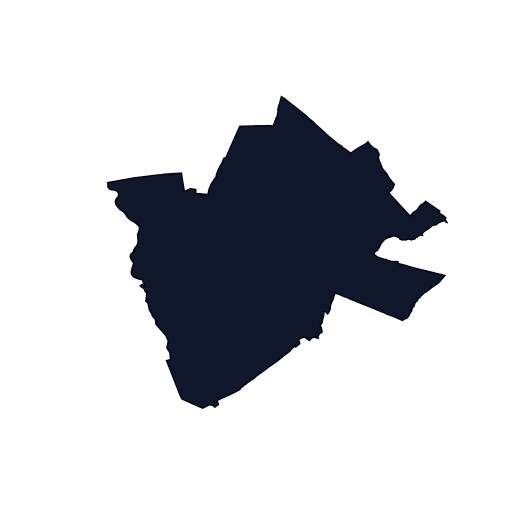 the district of Buhusi, Neamt, Romania, rotated 37°
{"feature_id": "2599482B92541433330507", "entity_name": "Buhusi", "entity_type": "district", "adm_level": 2, "iso_a3": "ROU", "parent_name": "Romania", "parent_adm1": "Neamt", "projection": "natural_earth1", "projection_center": [26.718, 46.731], "detail": "fine", "context": "isolated", "style": "filled", "palette": "ink", "viewbox_px": 512, "rotation_deg": 37, "n_neighbors": 0, "source": "geoboundaries", "source_scale": "gbopen_adm2", "svg_char_len": 6142}
<svg xmlns="http://www.w3.org/2000/svg" viewBox="0 0 512 512"><g transform="rotate(37 256 256)"><path d="M314.1,401.5L315.3,397.1L314.4,396.7L313.7,395.9L312.0,395.4L312.5,393.5L314.0,390.6L319.0,381.6L321.0,377.6L323.5,372.2L322.7,371.8L323.1,371.0L324.0,368.1L323.7,367.9L324.9,364.5L326.6,358.4L327.0,357.3L327.5,356.7L328.2,354.0L328.4,352.2L330.4,345.6L332.1,340.2L332.7,337.7L334.2,333.4L334.7,331.3L335.3,330.1L336.8,324.7L337.4,322.3L337.8,320.2L338.0,319.5L338.8,316.9L339.0,316.0L340.4,311.4L340.2,310.1L340.3,308.7L341.4,304.2L342.5,304.6L343.7,300.0L343.6,299.6L343.3,299.2L342.0,298.4L341.3,298.1L340.9,297.9L340.7,297.3L340.7,296.4L340.9,295.5L341.3,294.7L342.1,293.4L343.3,291.7L343.9,291.5L344.6,291.3L345.2,291.5L349.6,291.3L349.6,290.0L349.7,289.5L349.6,288.8L349.9,287.9L350.9,286.2L351.6,285.7L351.7,285.3L351.8,285.2L352.0,285.4L352.4,285.0L353.0,284.8L353.1,285.2L353.5,285.1L354.2,284.4L355.1,284.1L354.0,283.4L353.8,283.0L354.0,282.3L353.7,281.9L353.4,280.1L353.4,279.4L353.6,278.9L354.5,277.9L354.6,277.4L354.2,276.7L351.7,274.3L350.6,273.6L349.8,273.3L349.4,273.0L348.8,272.8L348.6,272.4L349.0,271.4L349.0,270.5L348.7,269.6L348.7,268.9L348.4,268.4L348.1,268.2L347.7,267.6L347.3,266.2L346.6,264.6L346.1,264.3L346.1,263.7L346.2,263.2L344.3,260.5L343.4,259.9L344.4,259.1L345.4,258.7L346.0,258.6L346.6,258.8L347.6,259.4L348.1,259.2L348.0,256.9L347.6,255.6L347.3,253.9L346.9,253.2L345.8,252.1L345.5,251.3L344.7,248.8L344.2,247.9L343.8,244.7L343.1,242.8L342.1,240.6L341.7,239.0L341.5,237.7L342.0,237.7L342.6,237.6L344.8,236.8L350.2,235.5L354.2,234.2L357.9,233.5L362.3,232.2L364.2,231.9L366.5,231.1L370.6,230.1L376.9,228.3L383.1,226.6L385.2,226.2L387.6,225.5L390.2,224.9L392.0,224.2L393.7,224.0L396.8,223.3L398.3,222.7L400.0,222.3L400.8,221.8L411.8,219.3L412.1,218.0L412.4,217.2L413.0,216.2L414.0,214.5L413.9,213.9L413.9,213.1L414.2,212.4L413.5,210.0L413.5,209.2L413.4,207.4L413.4,206.5L413.3,206.0L412.5,204.7L412.3,204.2L412.1,202.0L412.4,201.0L412.4,200.7L412.0,200.0L411.7,199.6L411.7,199.1L411.6,198.6L411.2,197.5L411.3,196.5L411.4,195.8L411.7,194.9L411.6,194.6L411.3,194.0L411.2,193.8L411.4,193.5L411.4,193.2L411.2,192.3L411.4,191.2L411.6,190.6L412.0,190.0L411.6,189.1L411.9,187.8L412.2,186.7L412.4,184.8L413.6,181.7L414.2,179.6L415.4,175.1L416.8,171.1L417.8,168.0L418.1,165.6L418.6,157.9L391.4,169.6L386.0,171.8L380.7,173.7L378.3,174.7L373.7,176.6L372.9,175.1L371.4,175.9L369.9,177.3L369.1,177.9L367.3,178.9L362.7,180.6L362.4,180.3L361.7,180.5L361.6,181.1L356.5,182.8L353.7,183.7L350.3,183.7L348.8,183.8L348.7,182.1L348.5,181.1L348.9,179.8L349.4,179.0L349.5,178.4L349.4,176.1L348.9,174.3L348.4,170.6L348.6,166.2L348.7,165.6L349.5,163.7L350.2,162.3L350.5,161.6L351.7,160.4L352.1,159.7L352.5,158.8L353.2,157.9L353.2,157.4L353.4,157.1L355.3,156.5L356.7,155.7L359.6,155.2L360.0,155.3L360.7,155.8L361.1,155.9L361.9,155.5L362.8,155.3L363.6,154.8L364.1,154.3L365.0,153.6L365.4,153.1L365.5,153.1L366.0,153.1L366.2,152.9L366.4,152.5L366.5,151.9L367.2,151.0L367.4,150.8L369.0,150.1L369.4,149.8L370.5,149.6L370.6,149.4L370.4,148.8L370.6,148.5L371.6,148.1L371.7,147.9L371.8,147.4L372.3,147.3L372.5,147.0L372.6,145.7L372.2,145.2L372.2,144.9L373.1,144.2L373.4,143.8L373.3,142.7L373.5,142.0L374.0,141.8L374.3,141.5L374.5,141.1L374.5,139.9L376.6,139.4L376.6,139.2L375.1,139.0L374.9,138.8L375.2,138.1L375.3,136.4L375.9,134.0L376.6,132.2L378.3,126.9L378.4,125.0L379.6,124.2L380.5,123.4L381.0,122.5L381.4,121.2L381.7,119.7L382.3,118.9L383.4,116.8L384.2,115.5L384.9,114.7L385.3,114.4L387.7,114.6L388.4,114.3L388.3,114.2L386.9,113.9L386.3,113.4L384.9,113.1L384.7,112.9L384.7,111.3L382.9,111.1L375.7,111.4L375.8,109.5L358.5,110.3L358.4,111.8L357.7,114.4L357.2,115.3L356.9,116.4L356.9,120.6L356.9,122.0L356.5,124.1L356.2,124.6L355.8,125.4L355.4,127.6L355.2,131.4L347.0,129.9L345.0,129.6L323.8,125.7L324.3,123.7L324.5,121.7L324.4,119.8L324.2,118.0L323.8,117.2L323.6,116.1L323.4,115.5L323.1,115.4L320.1,114.9L318.5,114.4L314.6,113.4L311.0,111.7L309.9,111.4L306.4,110.7L304.3,110.0L303.0,109.3L299.6,107.2L297.2,105.9L295.8,104.9L294.1,103.2L293.6,102.3L293.6,101.4L293.2,100.7L292.6,100.3L291.4,99.9L289.4,98.6L288.6,98.4L287.8,98.4L284.7,99.1L282.1,98.8L280.5,98.7L279.0,98.1L276.7,97.4L276.4,99.6L273.4,106.7L271.8,110.8L269.8,117.0L264.3,116.9L259.7,117.2L258.6,116.7L254.4,117.2L240.3,116.6L231.0,115.6L223.0,115.0L221.9,114.5L216.6,114.4L209.5,113.8L199.5,113.5L187.3,113.3L184.1,113.1L180.4,113.5L183.1,120.1L184.0,123.0L185.2,125.6L186.7,127.5L187.7,129.5L188.5,131.1L189.0,132.5L189.1,134.1L189.9,136.0L190.1,137.5L191.1,140.2L191.2,141.8L190.7,142.3L189.3,143.1L187.3,144.5L182.7,148.2L177.8,151.9L175.0,154.3L165.0,162.2L172.1,192.7L173.1,196.2L171.7,196.7L171.7,198.2L172.9,202.1L173.2,205.6L174.0,209.7L175.4,214.9L176.5,216.3L176.6,217.1L176.5,219.4L176.8,222.0L176.7,224.0L177.0,225.6L177.4,227.2L178.1,229.7L178.2,230.6L180.6,235.8L177.1,238.1L174.5,239.6L170.2,242.4L168.0,239.2L163.3,241.6L162.2,243.4L160.1,247.7L153.9,241.9L146.6,234.7L140.4,239.9L133.0,246.4L131.9,247.9L128.7,250.5L117.0,261.9L112.3,266.3L93.4,286.7L94.4,287.3L95.3,288.8L96.1,289.9L97.3,290.4L99.3,290.6L101.1,289.8L102.9,288.7L104.5,288.0L106.6,288.0L108.5,288.5L109.8,290.3L110.3,291.3L110.0,293.5L110.3,295.8L111.0,297.3L113.0,299.0L116.7,300.2L119.7,300.7L123.8,300.3L126.5,301.0L129.6,302.3L131.8,302.6L135.0,302.6L138.8,302.1L141.6,302.2L144.5,302.5L146.4,304.0L147.9,307.8L148.6,310.3L152.5,314.6L154.1,316.8L154.6,320.1L154.4,322.8L155.6,327.0L155.0,328.9L155.1,330.8L156.1,332.4L158.0,333.7L161.4,334.9L162.5,334.9L164.6,340.8L166.2,344.1L167.6,345.4L169.8,346.2L171.8,346.2L177.0,344.6L179.5,343.3L185.2,346.9L184.4,348.0L182.4,347.0L181.4,349.4L182.7,349.7L184.9,349.4L187.2,349.8L188.2,350.7L189.6,351.2L190.2,350.5L190.7,350.8L191.5,351.9L192.6,353.7L193.6,355.7L194.6,357.2L195.0,358.2L198.9,358.9L199.2,359.6L203.1,363.0L206.7,364.6L209.6,366.2L214.0,367.3L217.2,370.7L232.1,373.8L237.2,376.8L240.1,383.0L245.4,385.0L250.1,390.2L247.5,393.4L259.6,400.8L277.6,411.9L282.1,414.5L283.4,414.6L301.7,410.4L305.0,409.5L308.1,403.3L309.5,402.0L311.1,401.4L313.3,401.3L314.1,401.5Z" fill="#0f172a" stroke="#020617" stroke-width="1.5"/></g></svg>